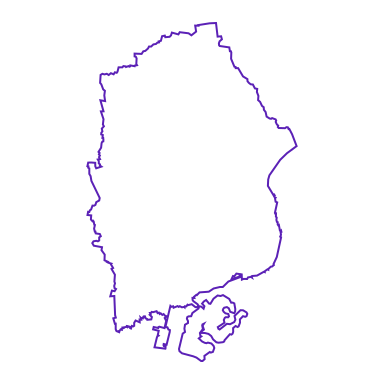 Kota Denpasar, Bali, Indonesia
{"feature_id": "22746128B89164850776530", "entity_name": "Kota Denpasar", "entity_type": "district", "adm_level": 2, "iso_a3": "IDN", "parent_name": "Indonesia", "parent_adm1": "Bali", "projection": "orthographic", "projection_center": [115.218, -8.672], "detail": "fine", "context": "isolated", "style": "outline", "palette": "violet", "viewbox_px": 384, "rotation_deg": 0, "n_neighbors": 0, "source": "geoboundaries", "source_scale": "gbopen_adm2", "svg_char_len": 5989}
<svg xmlns="http://www.w3.org/2000/svg" viewBox="0 0 384 384"><path d="M115.7,323.7L115.7,329.2L116.5,331.1L119.2,332.2L119.4,331.4L118.6,331.1L119.6,330.9L120.5,329.5L121.8,329.8L121.7,328.7L123.3,328.2L122.8,327.5L126.7,326.9L126.8,326.0L127.6,326.1L127.8,327.1L128.9,326.5L130.4,326.9L130.1,328.0L131.0,328.5L131.9,325.9L133.3,326.4L134.2,325.8L134.2,322.8L135.6,320.5L139.7,322.3L139.6,319.5L141.2,319.7L140.7,317.7L141.7,318.6L142.0,318.1L142.9,318.3L143.0,317.3L144.2,317.3L144.0,316.4L144.9,316.3L145.7,318.4L147.1,319.0L147.3,319.8L151.3,319.4L151.9,317.0L149.8,314.9L150.6,314.5L150.0,313.0L150.9,313.0L151.7,311.9L153.0,312.2L156.6,311.2L157.6,313.1L158.9,312.6L159.7,314.0L160.7,313.3L162.3,314.9L163.6,314.1L165.2,315.9L166.6,316.2L164.7,318.0L166.2,320.8L164.5,328.1L159.3,326.7L158.3,327.2L158.2,328.0L153.7,327.0L153.1,329.4L158.7,330.8L157.8,334.9L158.6,335.6L157.4,336.2L156.9,337.4L154.5,347.3L166.2,348.8L165.4,348.4L165.6,346.3L163.9,346.1L163.5,345.1L163.7,344.0L166.6,344.7L169.7,332.1L169.9,330.1L168.4,329.5L167.4,327.3L165.4,327.1L170.4,305.9L171.4,306.8L173.1,306.3L173.6,307.7L177.6,306.1L178.7,306.9L179.8,306.2L181.9,307.3L184.2,306.9L184.7,307.4L184.9,306.3L186.4,306.4L187.5,304.7L188.2,305.1L191.7,304.2L195.4,307.1L196.9,307.1L198.0,306.1L199.0,306.9L198.5,308.5L192.4,313.0L191.2,316.2L188.4,316.4L187.2,317.2L186.9,318.8L188.0,321.1L188.0,323.0L185.0,324.7L184.4,328.7L185.0,332.0L182.7,333.6L179.0,349.0L179.5,351.2L182.0,353.3L193.2,356.3L196.5,357.6L201.1,361.0L202.5,361.0L204.6,359.2L204.4,355.9L209.8,352.0L210.8,352.6L212.9,351.9L214.3,348.0L213.6,345.9L211.4,343.5L207.9,342.6L206.4,343.2L204.7,342.8L202.1,341.5L198.8,338.4L201.3,336.4L200.4,335.9L199.9,333.0L202.9,329.0L202.2,325.5L202.5,324.4L203.9,323.7L202.6,325.7L203.9,329.6L200.7,332.1L200.9,332.9L204.8,333.0L208.5,333.9L211.2,336.0L213.1,339.4L216.4,342.3L218.6,342.7L222.9,342.2L224.2,341.5L224.5,340.3L229.9,334.2L231.5,334.6L232.6,333.6L233.2,331.8L233.1,328.1L235.6,326.0L237.6,327.0L238.6,326.4L240.0,322.7L239.9,319.4L243.0,316.2L245.2,316.8L246.5,316.2L247.3,313.9L246.5,312.4L243.1,310.3L240.5,310.2L234.5,316.0L235.4,319.7L234.2,322.1L230.1,324.2L226.9,323.8L219.6,329.5L218.4,328.8L217.8,327.1L224.5,322.7L223.8,320.0L224.8,317.8L225.8,317.2L228.1,317.3L229.0,316.3L228.3,314.0L225.4,313.3L223.6,311.7L222.8,310.2L223.3,308.8L224.2,307.7L226.9,307.1L228.8,308.3L230.2,311.8L234.2,313.2L235.1,311.6L235.3,309.1L234.3,303.4L232.7,302.6L231.2,302.7L229.2,298.9L223.0,295.1L220.6,296.0L217.6,295.5L213.5,298.7L210.4,303.8L209.1,303.6L206.1,300.0L203.8,301.5L202.1,303.6L204.4,306.2L203.6,308.7L201.4,306.7L198.8,306.2L197.5,304.2L193.4,301.2L192.6,300.0L192.5,297.9L194.4,298.0L194.0,296.8L196.4,294.8L196.9,295.1L199.5,292.4L208.8,291.7L213.6,288.5L219.9,287.0L222.8,287.0L228.4,281.5L241.3,276.7L240.2,274.8L239.0,276.7L231.4,279.4L233.0,276.0L234.3,276.3L236.4,273.6L241.7,274.4L241.9,279.6L243.6,278.9L247.1,279.0L248.0,277.4L251.0,276.9L251.9,277.5L251.5,276.4L252.1,276.0L257.0,275.6L263.8,271.8L264.7,272.1L264.6,271.4L266.5,270.0L267.5,269.3L268.3,269.7L268.3,269.0L270.8,266.7L272.1,266.5L273.9,265.0L273.5,264.1L276.8,257.0L281.1,237.3L280.2,236.7L281.0,234.8L280.6,232.2L281.4,231.9L281.1,230.7L280.7,231.2L279.9,230.5L278.9,225.0L278.3,225.4L277.7,224.5L277.7,222.2L276.9,221.9L276.4,219.9L276.7,217.6L275.9,216.6L276.0,213.5L275.3,213.7L274.9,212.9L277.2,202.4L275.6,201.7L275.0,198.3L275.6,197.7L274.2,196.7L273.7,195.3L274.5,195.1L274.0,194.4L273.3,194.9L267.9,185.9L268.2,179.5L269.4,175.3L280.2,159.8L287.0,153.2L296.6,146.1L292.1,134.3L289.3,128.9L288.6,129.1L287.8,127.3L286.4,127.2L285.0,128.2L278.7,128.0L277.8,127.0L278.2,125.6L276.9,124.5L275.7,121.9L276.2,120.6L275.6,119.4L272.1,118.1L271.1,118.8L269.6,118.5L266.6,116.6L265.6,112.0L263.9,109.8L263.7,107.2L262.0,105.9L260.1,101.9L258.1,100.1L258.4,95.9L256.9,92.0L257.2,88.9L254.9,88.4L252.9,84.5L250.7,84.3L248.8,82.8L247.5,81.2L247.4,79.1L243.0,76.4L238.1,68.1L235.7,68.1L235.6,67.0L234.4,66.7L231.1,58.8L231.3,52.4L230.8,51.2L229.9,51.2L229.3,47.4L219.7,46.0L219.1,45.3L218.9,43.3L219.6,41.3L221.9,39.3L221.1,36.3L217.6,36.6L216.0,23.0L209.7,23.3L198.1,25.1L198.3,25.7L195.2,25.6L196.1,31.6L191.4,35.3L188.6,33.3L179.7,32.2L178.4,34.4L171.9,32.6L171.0,35.4L169.6,36.8L165.3,37.2L164.8,35.6L162.1,36.2L160.9,40.8L158.7,41.4L159.0,42.4L157.3,42.7L155.9,44.0L153.4,44.4L151.2,46.5L149.0,46.5L148.0,48.5L145.3,50.9L143.3,51.3L141.6,53.9L134.6,53.6L134.6,56.4L135.8,56.7L136.6,58.4L136.3,64.0L137.0,65.2L134.7,65.6L134.6,66.2L130.3,65.4L130.1,66.4L129.3,66.7L128.5,66.1L126.0,67.0L125.7,66.4L123.4,66.1L122.4,67.3L118.6,67.3L117.5,71.7L116.7,72.8L114.9,72.3L113.6,74.3L110.9,73.2L108.7,75.0L106.8,73.8L104.4,74.4L102.4,73.8L100.6,74.9L100.1,82.9L101.3,84.3L103.2,89.4L104.9,90.8L104.3,95.4L105.1,101.1L100.4,100.3L103.5,111.3L100.9,111.4L103.5,119.2L102.9,124.5L103.9,126.3L101.8,128.6L102.4,131.4L101.3,132.8L101.2,134.4L102.8,135.0L102.4,137.9L103.2,137.9L103.4,139.8L103.3,141.4L102.3,141.7L101.6,143.1L101.1,147.7L98.5,151.9L99.6,153.0L98.9,154.4L99.9,155.5L99.0,157.1L100.0,159.1L97.8,159.5L98.8,161.1L98.8,163.4L100.0,164.4L99.9,165.5L101.4,166.6L96.2,168.3L95.3,166.3L95.2,162.8L91.0,162.5L88.2,162.6L87.4,166.2L88.4,166.4L88.2,167.7L89.3,168.4L89.3,173.9L90.6,176.1L91.4,180.9L99.7,198.0L99.2,200.5L96.3,202.1L95.4,204.9L94.0,205.7L92.5,205.6L91.1,209.5L89.9,210.3L89.3,212.0L88.1,211.8L87.5,215.0L91.2,215.4L90.9,219.4L91.9,220.7L92.9,220.7L92.9,221.5L93.7,221.6L94.3,224.7L94.9,225.0L94.1,228.6L94.8,231.6L95.4,231.6L95.7,233.4L99.8,234.0L100.8,236.2L99.2,237.4L99.2,240.5L97.9,241.3L96.3,240.8L93.5,241.3L92.3,243.1L93.8,245.7L102.0,247.2L101.5,250.2L104.7,254.6L104.5,260.3L107.7,261.7L107.2,262.1L108.3,262.7L111.3,263.6L110.8,264.1L113.1,268.0L111.5,268.9L114.9,274.7L114.4,281.6L115.0,283.3L114.2,286.0L114.6,288.2L116.0,289.0L114.6,291.2L111.9,290.6L110.3,296.3L114.3,296.0L115.1,315.2L115.8,317.6L113.3,318.3L114.9,323.8L115.7,323.7Z" fill="none" stroke="#5b21b6" stroke-width="2"/></svg>